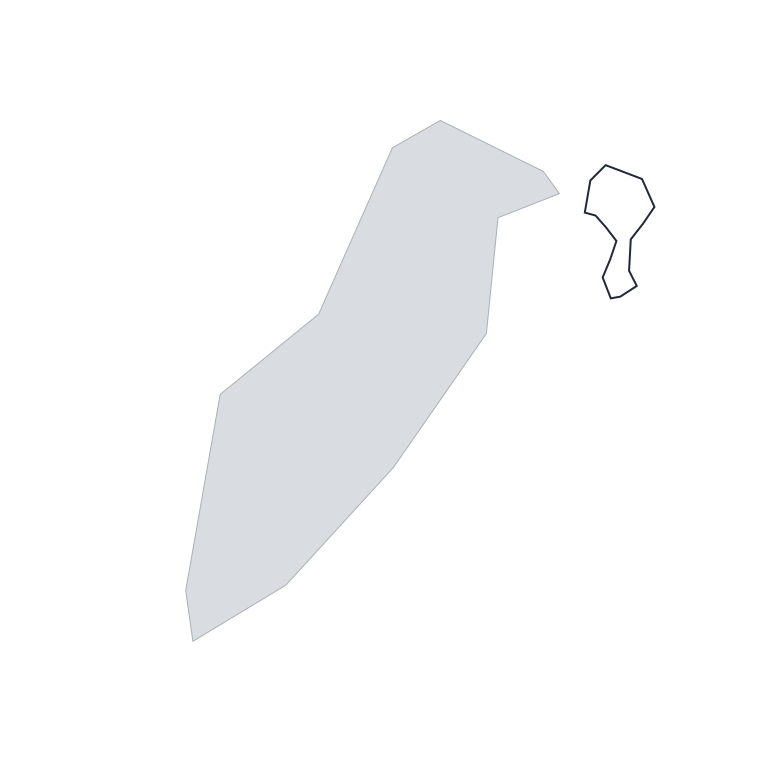 Bahrain, with Al Muḩarraq highlighted, rotated 38°
{"feature_id": "BHR-4930", "entity_name": "Al Muḩarraq", "entity_type": "Governorate", "adm_level": 1, "iso_a3": "BHR", "parent_name": "Bahrain", "parent_adm1": "", "projection": "mercator", "projection_center": [50.643, 26.245], "detail": "fine", "context": "in_parent", "style": "outline", "palette": "slate", "viewbox_px": 768, "rotation_deg": 38, "n_neighbors": 0, "source": "natural_earth", "source_scale": "10m", "svg_char_len": 581}
<svg xmlns="http://www.w3.org/2000/svg" viewBox="0 0 768 768"><g transform="rotate(38 384 384)"><path d="M430.5,602.8L391.8,704.4L354.9,668.8L261.3,493.0L289.5,369.2L245.2,192.7L266.1,141.7L378.8,118.4L405.0,126.0L371.4,182.7L433.6,281.2L442.8,444.0L430.5,602.8Z" fill="#d9dde1" stroke="#a8b0b8" stroke-width="1"/><path d="M423.9,75.1L461.1,63.6L488.1,78.0L489.4,98.1L489.4,118.1L507.4,143.9L522.8,151.1L516.4,169.7L510.0,176.9L490.7,165.4L485.6,146.8L479.1,128.2L462.4,123.9L447.0,121.0L436.7,125.3L421.3,96.6L423.9,75.1Z" fill="none" stroke="#1e293b" stroke-width="2"/></g></svg>